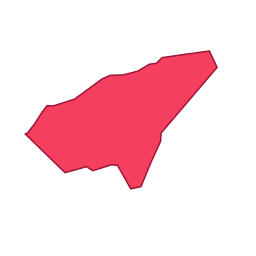 the district of Al Mahwit City, Al Mahwit, Yemen, rotated 256°
{"feature_id": "15242507B54301624222868", "entity_name": "Al Mahwit City", "entity_type": "district", "adm_level": 2, "iso_a3": "YEM", "parent_name": "Yemen", "parent_adm1": "Al Mahwit", "projection": "orthographic", "projection_center": [43.552, 15.463], "detail": "fine", "context": "isolated", "style": "filled", "palette": "rose", "viewbox_px": 256, "rotation_deg": 256, "n_neighbors": 0, "source": "geoboundaries", "source_scale": "gbopen_adm2", "svg_char_len": 502}
<svg xmlns="http://www.w3.org/2000/svg" viewBox="0 0 256 256"><g transform="rotate(256 128 128)"><path d="M184.7,164.1L180.8,151.3L180.7,145.9L180.7,136.0L183.4,123.5L181.9,114.8L168.9,83.0L167.5,60.7L169.3,54.9L164.2,48.5L154.0,37.7L147.3,29.0L147.0,26.9L99.9,56.1L100.5,78.5L95.1,83.5L96.3,102.6L94.5,108.7L68.3,116.0L68.0,126.4L89.9,142.6L107.2,156.4L115.1,158.9L165.3,229.1L183.0,225.6L185.6,202.1L188.0,178.2L183.9,171.1L184.7,164.1Z" fill="#f43f5e" stroke="#9f1239" stroke-width="1.5"/></g></svg>